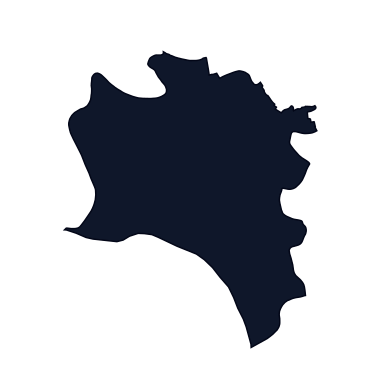 Thai Thuy, Thái Bình, Vietnam (Natural Earth projection), rotated 106°
{"feature_id": "81297802B86878375688696", "entity_name": "Thai Thuy", "entity_type": "district", "adm_level": 2, "iso_a3": "VNM", "parent_name": "Vietnam", "parent_adm1": "Thái Bình", "projection": "natural_earth1", "projection_center": [106.487, 20.541], "detail": "fine", "context": "isolated", "style": "filled", "palette": "ink", "viewbox_px": 384, "rotation_deg": 106, "n_neighbors": 0, "source": "geoboundaries", "source_scale": "gbopen_adm2", "svg_char_len": 5751}
<svg xmlns="http://www.w3.org/2000/svg" viewBox="0 0 384 384"><g transform="rotate(106 192 192)"><path d="M65.1,258.2L66.2,257.8L66.8,257.8L67.4,257.9L67.8,258.2L68.3,258.7L68.8,259.4L69.1,260.1L69.5,261.4L70.2,264.1L70.5,264.7L70.9,265.4L72.0,266.7L73.2,267.9L74.3,268.8L74.8,269.1L75.2,269.3L76.0,269.5L78.6,269.8L80.8,269.8L81.4,269.6L81.8,269.3L82.2,268.8L82.6,268.3L83.2,267.3L83.6,266.4L84.5,263.0L84.9,262.0L85.2,261.4L86.2,260.3L87.2,259.5L88.8,257.9L90.7,256.0L92.1,254.1L92.7,253.2L94.4,251.2L95.8,249.0L96.7,247.7L97.1,247.2L98.4,246.1L99.9,245.1L100.6,244.7L101.3,244.5L101.9,244.4L102.8,244.2L103.4,244.2L104.0,244.3L104.6,244.5L105.2,244.7L106.9,246.0L108.7,247.8L110.0,249.5L111.1,251.2L112.1,253.4L112.6,254.9L113.4,257.0L113.6,257.6L114.3,260.2L114.6,261.4L115.5,264.7L116.2,268.3L116.4,269.5L116.5,272.2L116.5,275.3L116.2,279.1L115.8,283.3L115.6,284.5L115.2,286.4L114.8,287.6L114.3,289.3L113.6,292.1L113.2,293.2L112.7,294.9L112.1,296.2L111.0,299.1L110.1,301.1L109.8,301.8L108.9,303.3L107.8,305.1L106.8,306.9L105.4,309.6L104.5,311.4L104.1,312.7L103.9,313.7L103.8,314.9L103.8,315.6L104.1,316.3L104.4,317.1L104.8,317.6L105.3,318.1L106.0,318.6L106.6,318.9L108.2,319.5L108.8,319.6L109.6,319.7L110.4,319.6L111.0,319.4L113.7,318.9L115.1,318.7L116.3,318.4L117.3,318.2L120.4,316.9L123.4,316.1L125.3,315.7L126.5,315.6L129.3,315.1L130.3,315.0L131.2,314.9L133.2,315.1L134.7,315.4L135.8,315.7L137.7,316.3L138.5,316.8L140.2,318.2L141.4,319.4L141.9,320.2L143.0,322.0L145.2,324.1L147.7,326.4L148.9,327.2L150.2,327.9L151.6,328.6L153.8,329.2L155.5,329.6L157.1,329.6L159.3,329.5L160.3,329.3L161.6,328.9L163.1,328.2L166.1,326.6L168.4,325.2L169.9,324.0L173.8,320.6L180.0,314.8L185.6,309.6L187.3,308.1L195.2,302.1L196.5,301.0L202.3,296.1L206.7,292.9L213.7,287.2L215.2,286.1L216.5,285.3L221.2,283.7L223.9,283.2L226.1,282.8L230.1,282.7L232.3,282.8L235.0,283.1L238.2,283.7L243.2,285.3L249.2,287.3L254.1,289.2L256.4,290.2L257.5,291.1L258.3,292.1L259.1,293.6L259.7,295.2L260.5,298.0L261.1,301.8L261.4,302.9L263.5,304.1L263.1,302.3L263.5,292.1L264.9,281.3L264.5,274.2L260.4,250.5L257.2,245.0L251.7,239.9L246.6,232.4L245.1,226.3L244.0,218.8L244.8,212.1L248.2,191.6L250.4,170.7L253.6,161.6L259.0,151.4L266.2,141.5L273.2,130.7L282.0,122.8L291.0,116.0L299.9,107.7L306.7,102.7L322.1,93.3L325.1,92.3L312.1,79.3L309.2,77.1L306.4,75.1L303.1,73.3L301.2,72.2L299.4,71.7L297.6,71.3L295.2,71.3L293.9,71.5L291.8,72.1L289.5,72.8L286.2,74.3L284.5,74.7L282.6,75.0L280.1,74.8L278.3,74.5L275.6,73.8L272.5,72.3L269.9,70.2L269.2,69.1L267.8,67.5L266.4,65.7L264.9,63.1L263.0,59.0L261.8,57.0L260.8,55.6L260.2,54.4L255.3,56.4L252.1,57.9L250.2,59.1L248.5,60.8L246.6,63.5L243.8,69.1L242.6,70.5L241.3,71.7L239.3,72.9L234.3,75.1L228.3,78.6L224.5,81.1L221.5,82.5L220.2,82.5L218.9,82.2L217.9,81.6L216.9,80.5L215.8,78.6L214.7,76.8L213.5,75.0L212.3,73.8L211.4,73.2L210.2,72.7L208.5,72.4L205.2,72.1L203.6,71.9L202.4,71.7L202.0,71.5L201.5,71.4L200.8,71.3L198.6,71.4L197.6,71.6L196.9,71.8L195.8,72.3L194.6,73.0L193.7,74.1L192.6,76.1L191.7,76.9L190.3,77.8L189.7,78.5L189.5,79.7L189.6,81.9L190.1,86.3L190.1,88.5L189.3,94.4L188.7,96.5L187.9,98.3L187.5,98.9L184.5,101.2L178.7,104.4L175.7,105.8L173.3,106.3L170.4,106.6L167.0,106.3L165.0,106.3L164.1,106.6L163.7,106.4L163.5,106.2L163.2,105.1L162.8,100.5L162.5,99.1L162.1,97.9L161.5,96.8L160.6,95.4L159.3,94.0L158.5,93.4L154.6,91.1L152.6,90.2L150.0,89.3L145.5,88.6L143.2,88.3L138.8,88.0L136.4,87.6L132.7,86.7L132.2,86.9L132.0,87.1L131.3,88.1L131.0,88.9L130.7,89.7L130.5,90.2L128.8,96.0L127.4,99.2L123.8,104.9L122.7,106.5L120.7,109.1L119.4,110.7L118.7,111.3L117.1,112.1L109.9,112.7L108.3,112.7L107.4,112.5L106.6,112.0L106.1,111.5L105.8,110.6L105.5,109.6L105.3,108.3L105.2,103.3L105.0,101.3L104.7,99.7L104.3,98.4L103.6,96.4L102.9,94.7L102.1,93.0L101.2,91.7L100.1,90.3L98.7,88.9L95.5,91.9L95.2,91.5L91.4,93.6L90.9,93.9L90.9,94.2L91.8,96.2L92.2,96.8L89.3,98.3L89.2,98.6L89.2,99.7L89.4,100.9L83.9,103.0L83.5,103.1L83.4,103.1L83.1,102.9L82.3,101.3L81.6,100.0L80.3,98.5L79.3,97.4L78.5,96.7L78.2,96.5L77.7,96.2L76.7,96.2L76.3,96.4L75.9,96.7L75.6,97.0L75.3,97.6L75.2,97.7L76.1,98.7L76.8,99.9L77.0,100.3L77.2,101.4L77.5,102.9L78.4,106.5L78.5,106.7L78.7,106.8L79.1,106.8L79.7,108.1L80.4,109.7L80.5,109.8L81.3,109.8L82.0,110.8L82.5,111.3L82.8,111.5L82.7,111.9L82.6,112.2L83.1,113.7L83.2,113.9L83.6,114.0L84.0,114.8L85.9,116.7L86.0,116.8L85.9,116.9L84.8,117.2L84.1,117.4L83.2,117.8L82.5,118.3L82.0,119.0L81.9,119.3L81.8,119.9L81.9,120.2L82.2,120.5L83.8,121.2L84.8,121.8L85.3,122.3L86.1,123.4L87.0,124.9L87.5,125.7L88.2,126.3L89.0,126.9L90.4,127.6L91.3,128.0L90.3,131.6L89.4,134.8L88.8,134.7L87.4,134.2L87.2,134.2L87.1,134.4L86.3,137.0L85.2,136.7L84.8,136.7L84.0,138.4L83.2,139.7L82.0,141.3L79.4,144.4L78.4,145.7L78.3,147.0L77.6,148.1L76.8,149.1L75.9,150.0L74.3,150.8L72.0,153.6L71.9,153.6L70.7,153.3L70.4,153.4L70.1,153.7L67.7,156.5L69.0,157.3L69.6,157.8L70.2,158.3L70.7,158.8L71.1,159.6L71.3,160.2L71.4,160.7L71.4,161.3L71.4,161.7L71.0,162.6L70.0,163.9L69.6,164.6L69.2,165.1L68.5,165.7L67.7,166.4L64.7,168.7L64.1,169.3L63.8,169.7L63.5,170.2L63.2,171.0L62.3,174.1L62.3,174.8L62.2,176.1L62.3,177.9L62.3,178.4L62.5,179.7L62.9,180.8L63.3,181.5L64.4,183.4L65.7,185.3L68.4,188.9L69.8,190.8L71.6,193.0L72.9,194.5L74.2,195.8L75.1,196.7L72.6,199.4L71.1,201.0L73.1,204.1L73.6,205.6L74.9,207.7L69.4,210.2L59.5,215.0L59.3,215.1L58.9,215.6L59.0,215.8L59.6,216.9L60.2,218.0L60.3,218.2L60.8,218.4L61.1,218.7L61.7,219.3L62.5,220.3L63.1,221.2L63.4,221.8L64.3,223.7L65.1,226.4L65.6,228.1L66.1,229.7L66.3,230.7L66.5,232.3L66.7,235.2L67.0,239.1L67.0,240.4L67.1,241.8L67.1,245.4L67.0,246.2L66.6,249.3L66.7,249.9L66.7,250.3L66.4,251.2L66.1,252.1L66.1,252.4L66.1,254.5L66.0,255.0L65.9,255.4L65.5,256.4L65.3,257.4L65.1,258.2Z" fill="#0f172a" stroke="#020617" stroke-width="1.5"/></g></svg>